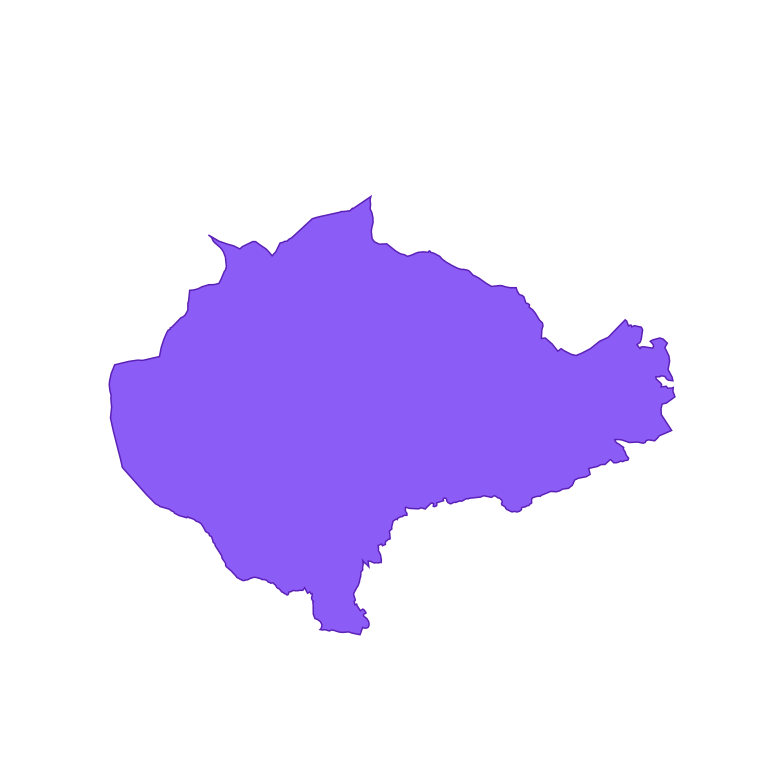 the district of Arieseni, Alba, Romania, rotated 63°
{"feature_id": "2599482B47449436193929", "entity_name": "Arieseni", "entity_type": "district", "adm_level": 2, "iso_a3": "ROU", "parent_name": "Romania", "parent_adm1": "Alba", "projection": "robinson", "projection_center": [22.749, 46.504], "detail": "fine", "context": "isolated", "style": "filled", "palette": "violet", "viewbox_px": 768, "rotation_deg": 63, "n_neighbors": 0, "source": "geoboundaries", "source_scale": "gbopen_adm2", "svg_char_len": 6170}
<svg xmlns="http://www.w3.org/2000/svg" viewBox="0 0 768 768"><g transform="rotate(63 384 384)"><path d="M339.6,655.0L374.2,646.0L386.9,642.0L390.5,639.5L391.3,639.4L397.9,632.3L399.5,631.4L400.2,631.2L402.4,629.4L404.0,629.3L408.2,626.3L413.6,620.5L413.1,619.3L414.9,618.2L415.4,617.4L418.4,614.7L420.8,613.7L423.2,611.5L425.7,610.3L430.1,609.9L434.5,609.9L437.6,607.9L439.9,608.3L441.6,607.0L445.8,607.6L447.2,608.1L449.7,607.3L451.4,607.8L463.5,606.6L465.7,607.4L471.2,606.6L472.8,606.9L473.4,607.4L475.1,607.5L482.2,604.6L483.1,604.6L483.6,604.3L488.4,603.0L489.4,603.0L495.0,599.1L495.9,597.0L495.8,596.0L496.6,594.5L496.5,591.4L497.2,587.5L498.9,585.0L499.9,584.2L500.4,583.2L502.9,581.4L504.0,579.4L505.3,578.0L507.0,577.1L508.0,577.1L508.8,576.1L510.1,575.3L510.7,573.2L512.7,572.6L513.6,572.0L516.4,571.9L518.2,571.1L518.9,570.3L522.9,569.5L524.4,568.1L525.4,568.0L526.6,566.8L528.0,566.2L528.1,565.2L527.5,564.2L526.3,563.5L526.4,562.2L526.8,561.4L526.7,558.6L528.0,556.8L529.2,554.3L529.4,553.2L531.0,550.0L529.5,547.2L535.7,547.1L535.6,544.5L537.9,544.3L538.2,543.2L540.2,544.2L541.1,545.3L542.5,546.0L544.6,546.0L545.8,545.5L546.1,546.4L548.9,547.5L557.0,551.5L561.6,552.0L564.0,549.9L567.0,548.5L570.2,548.6L571.6,549.4L573.5,551.3L573.8,552.4L575.3,550.5L575.7,549.0L576.8,547.3L579.2,544.9L579.4,542.4L580.5,540.8L584.7,536.5L586.5,533.7L588.8,528.1L591.8,525.1L596.5,519.2L591.2,513.5L592.6,512.3L593.6,510.2L593.5,508.5L592.5,507.1L590.4,506.0L588.7,505.5L585.2,505.8L582.0,507.3L580.9,507.4L580.0,506.8L579.9,505.6L580.1,504.3L579.3,503.8L575.9,504.4L574.9,505.2L575.4,508.0L569.4,508.6L567.7,508.3L567.5,510.1L564.2,509.3L563.7,507.8L562.6,507.4L558.8,506.9L557.1,506.3L555.5,504.3L553.8,501.6L553.0,500.8L552.4,499.2L549.5,496.0L546.9,494.1L545.0,492.2L540.9,489.8L540.2,487.7L539.5,487.1L537.6,486.3L535.2,484.4L531.7,483.1L534.5,482.5L536.7,481.4L540.0,480.5L534.7,478.6L535.3,477.1L539.1,473.9L539.6,472.2L540.9,470.2L541.1,468.8L541.8,467.6L539.8,466.3L534.4,464.6L529.8,464.6L527.2,463.1L525.2,462.6L525.5,458.8L527.4,458.8L527.6,455.6L526.0,454.9L524.8,453.5L524.9,452.2L524.3,450.5L524.9,449.3L524.3,448.6L517.3,445.8L516.8,442.9L514.8,442.0L510.2,438.0L509.9,434.3L510.8,433.8L509.8,432.6L509.9,429.3L510.5,427.7L510.1,425.7L511.4,423.2L509.8,422.3L507.1,422.6L503.8,421.0L503.8,420.3L506.2,418.1L509.9,411.7L511.0,409.7L511.1,407.2L514.1,404.0L513.1,401.4L511.5,395.9L513.0,394.0L515.2,395.6L516.1,395.0L516.4,392.6L515.9,391.9L513.8,390.9L515.0,383.9L513.6,383.7L513.0,383.0L513.2,381.7L513.9,380.9L514.9,380.6L517.1,381.1L518.8,380.8L520.9,379.2L521.2,378.2L521.1,375.7L522.1,373.7L522.5,370.1L523.8,367.6L523.5,362.7L524.5,361.3L524.6,359.7L528.6,349.3L528.8,345.9L533.8,339.7L533.5,336.6L535.3,335.0L536.9,334.4L538.3,332.8L541.6,331.7L543.3,332.6L543.4,333.3L545.0,333.9L548.7,331.8L550.1,332.0L551.3,331.7L555.7,328.4L556.3,327.5L556.6,325.8L558.4,323.6L558.9,321.1L558.7,319.6L558.2,318.6L557.0,317.7L556.6,316.7L557.6,314.1L557.5,311.9L558.0,310.0L557.2,308.6L557.3,307.1L557.0,306.4L554.5,305.3L553.2,304.3L552.9,303.4L553.2,300.3L554.0,297.4L555.0,295.6L554.6,294.4L555.4,284.2L558.3,279.3L559.0,275.6L558.7,272.7L560.7,267.0L559.7,262.1L556.1,257.7L556.2,253.6L558.4,246.1L558.1,241.4L552.2,239.9L554.4,231.2L554.3,227.3L556.0,223.6L554.1,216.8L554.7,216.3L558.6,215.0L559.9,212.0L560.2,208.0L561.5,206.6L561.6,204.3L562.5,201.2L561.2,199.7L557.4,200.5L553.8,200.0L550.6,200.3L549.4,199.3L543.2,202.5L542.3,203.4L539.6,203.9L538.3,203.6L540.0,200.2L541.6,197.7L547.5,192.0L550.8,184.5L554.4,180.0L554.7,177.8L553.5,176.1L553.9,173.6L557.5,168.6L556.3,164.7L555.1,162.3L556.0,148.8L537.1,150.8L531.8,148.4L528.1,145.2L529.2,141.1L527.5,130.6L521.7,129.9L518.4,127.9L518.3,129.4L516.5,133.1L514.1,133.6L512.4,138.5L510.4,136.8L508.4,137.2L502.9,139.2L500.9,138.4L502.8,135.0L502.4,134.5L502.8,133.0L504.2,130.9L505.1,130.2L507.7,130.0L509.7,128.9L512.3,125.1L508.7,124.2L500.0,124.3L493.3,119.1L488.3,117.4L479.0,117.2L476.3,113.0L470.6,114.9L468.2,117.4L466.7,124.5L466.8,127.4L470.3,126.4L472.5,126.4L474.0,128.4L469.0,135.2L467.7,138.0L468.6,139.8L463.9,140.8L463.4,138.9L463.2,137.0L460.9,134.5L453.2,129.0L451.5,128.9L450.1,129.0L445.7,134.5L445.5,137.4L443.8,137.1L443.2,138.2L443.2,139.8L438.2,139.2L436.3,140.0L444.2,163.0L443.8,172.5L446.2,184.0L446.3,193.7L445.8,199.9L442.6,203.7L436.3,208.3L432.9,210.2L433.7,214.2L424.7,216.0L416.2,219.4L414.9,223.1L407.1,218.6L404.5,216.0L401.6,215.1L397.4,216.5L389.8,217.0L385.7,217.8L381.3,219.8L379.4,218.4L377.4,219.5L376.8,220.5L376.0,220.8L369.9,219.8L367.7,220.7L366.8,221.9L365.4,222.9L361.2,223.1L358.2,222.5L355.4,228.0L352.7,231.5L350.1,234.1L348.9,236.0L345.9,243.9L340.6,247.3L332.7,251.4L328.6,254.2L327.7,255.2L323.2,256.4L321.5,257.1L320.4,258.0L317.6,261.6L317.6,262.4L314.4,265.8L309.0,269.8L303.4,273.4L299.1,275.5L295.5,276.4L290.1,280.2L288.1,282.5L286.9,282.6L285.9,283.3L286.8,284.7L284.0,289.2L282.3,293.6L281.9,295.8L281.7,300.6L281.0,304.8L280.1,305.8L279.3,306.2L277.6,307.6L276.5,309.1L275.1,310.5L271.0,313.1L260.4,317.9L257.2,324.8L252.9,328.0L249.1,328.6L242.4,326.1L240.1,324.6L235.1,320.4L230.6,318.3L225.6,317.0L221.8,316.9L217.7,314.3L214.5,313.2L212.6,312.0L211.0,310.6L213.7,332.3L213.1,332.5L214.2,335.5L212.5,340.4L210.8,344.2L210.9,345.3L206.2,363.3L204.9,368.7L204.2,372.9L211.8,399.7L211.9,403.1L212.7,405.4L211.8,407.9L211.9,409.6L211.2,412.6L216.9,420.1L219.0,425.5L214.9,426.4L210.1,427.8L202.9,431.8L198.9,433.7L197.5,436.2L197.3,447.8L198.2,451.1L192.6,455.3L187.8,460.5L181.8,466.2L171.5,472.8L174.0,471.6L175.9,471.1L178.8,471.3L181.3,470.7L187.9,468.0L190.8,467.3L193.6,467.1L198.9,467.7L207.8,471.1L210.4,473.5L211.3,475.3L216.9,481.9L219.4,485.4L218.4,490.0L216.0,495.1L214.8,501.7L214.7,506.8L213.7,511.2L212.3,514.6L221.6,520.6L222.7,521.9L229.1,525.2L232.2,529.7L233.0,532.6L232.7,534.6L237.0,547.1L237.1,549.1L238.2,549.7L238.1,552.0L239.9,554.6L244.3,559.9L250.3,565.9L257.6,571.6L253.4,588.3L250.9,592.6L248.1,600.8L244.6,615.2L250.7,622.2L256.8,627.2L260.0,629.2L265.7,631.3L270.2,632.3L273.2,634.1L281.0,637.2L290.0,643.1L303.4,646.6L331.8,653.0L339.6,655.0Z" fill="#8b5cf6" stroke="#5b21b6" stroke-width="1.5"/></g></svg>